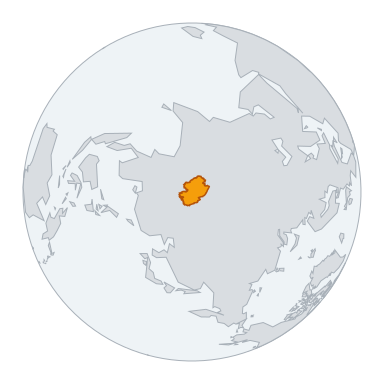 globe centered on Qinghai, rotated 131°
{"feature_id": "CHN-1151", "entity_name": "Qinghai", "entity_type": "Province", "adm_level": 1, "iso_a3": "CHN", "parent_name": "China", "parent_adm1": "", "projection": "orthographic", "projection_center": [96.897, 35.43], "detail": "fine", "context": "on_globe", "style": "filled", "palette": "amber", "viewbox_px": 384, "rotation_deg": 131, "n_neighbors": 0, "source": "natural_earth", "source_scale": "10m", "svg_char_len": 16126}
<svg xmlns="http://www.w3.org/2000/svg" viewBox="0 0 384 384"><g transform="rotate(131 192 192)"><circle cx="192" cy="192" r="169" fill="#eef3f6" stroke="#a8b0b8"/><path d="M269.1,41.7L266.8,40.5L265.3,39.8L269.1,41.7ZM264.9,39.6L262.9,38.7L264.8,39.9L266.6,41.0L261.3,42.5L265.9,50.8L272.7,55.5L267.0,53.3L283.4,64.0L289.3,71.8L279.4,61.9L275.8,60.1L278.2,64.6L275.1,63.8L274.4,65.7L270.5,64.5L265.0,59.3L262.3,58.5L264.1,61.8L261.3,63.0L259.1,58.3L253.9,60.0L243.8,52.6L240.8,42.5L231.9,39.1L220.3,31.0L218.1,31.5L212.2,29.3L207.5,29.2L206.7,28.2L203.7,29.1L205.3,30.1L204.5,30.9L201.9,31.1L200.4,29.6L201.5,29.3L199.7,29.0L200.0,28.3L198.4,28.8L196.8,27.2L194.5,29.1L190.0,28.1L190.0,27.1L195.1,26.8L207.9,25.0L209.5,24.6L206.7,23.9L190.6,23.1L203.3,23.4L216.0,24.8L228.6,27.1L241.0,30.3L253.1,34.5L264.9,39.6ZM186.2,23.1L186.4,23.1L181.4,23.5L185.0,23.7L183.5,24.0L185.2,24.8L179.4,25.2L172.9,25.4L171.2,25.0L168.3,25.2L165.4,26.4L158.0,26.8L145.6,29.6L144.3,29.9L145.8,29.5L159.1,26.3L172.6,24.2L186.2,23.1ZM343.6,117.4L343.7,117.6L343.5,117.2L343.6,117.4ZM344.1,118.4L343.7,117.6L343.8,117.8L344.1,118.4ZM344.4,119.3L343.9,118.4L344.4,119.3ZM267.9,41.7L265.1,40.1L264.6,39.5L267.2,40.9L267.9,41.7ZM268.5,43.8L266.3,42.5L269.1,43.1L269.5,43.6L268.5,43.8ZM278.2,59.3L276.6,57.0L279.2,59.5L278.2,59.3ZM275.0,66.1L276.5,67.1L275.5,67.7L275.0,66.1ZM188.2,24.5L186.7,24.6L187.2,24.4L188.2,24.5ZM190.4,24.8L192.0,24.5L193.2,24.6L192.2,24.8L190.4,24.8ZM268.6,66.6L266.6,67.5L267.7,65.6L268.6,66.6ZM188.1,25.3L195.2,24.9L197.4,25.2L195.4,26.3L188.1,25.3ZM264.8,67.4L260.1,70.0L262.9,72.2L252.2,67.7L259.8,66.8L260.7,64.0L262.2,66.4L264.8,67.4ZM207.0,30.4L205.1,29.3L209.1,30.1L207.0,30.4ZM209.7,30.8L223.1,32.9L224.6,34.9L219.8,33.6L223.6,36.4L217.8,36.3L214.3,34.8L214.6,33.4L212.1,34.5L209.7,30.8ZM247.0,65.0L245.1,65.0L246.1,64.1L247.0,65.0ZM204.5,31.4L207.1,31.5L208.5,33.2L203.7,33.3L204.8,32.7L204.5,31.4ZM227.5,37.4L227.7,38.8L223.0,39.1L222.5,39.7L217.8,36.5L227.5,37.4ZM203.1,32.4L201.1,33.3L198.1,32.7L202.1,31.4L203.1,32.4ZM211.0,33.6L211.4,34.5L209.6,34.0L211.0,33.6ZM186.0,31.8L189.1,31.6L190.1,32.4L186.0,31.8ZM200.6,33.7L201.7,33.9L202.4,34.3L200.5,34.9L200.6,33.7ZM214.8,37.0L212.8,36.9L216.5,38.3L213.1,38.8L210.6,36.6L210.2,37.8L209.2,37.9L208.3,36.1L214.8,37.0ZM200.9,36.6L196.5,34.4L190.6,34.4L189.5,33.6L199.2,33.8L200.9,36.6ZM205.3,36.4L202.3,36.3L202.5,35.2L204.7,34.6L205.3,36.4ZM211.7,40.0L217.6,39.8L217.9,40.3L211.7,40.0ZM199.1,36.8L200.2,37.3L198.7,36.9L199.1,36.8ZM207.8,39.1L209.8,39.0L210.2,39.5L207.8,39.1ZM200.7,38.7L199.3,37.9L200.7,37.4L200.7,38.7ZM203.9,39.1L203.9,39.9L202.1,37.7L204.8,38.9L203.9,39.1ZM207.8,39.7L208.7,40.0L206.9,39.7L207.8,39.7ZM196.2,41.2L193.5,38.6L196.6,37.4L198.8,40.1L196.2,41.2ZM50.4,99.8L58.3,93.9L55.6,100.1L57.8,112.0L57.2,115.1L51.8,120.3L49.4,140.5L54.7,138.1L57.6,152.9L62.8,159.1L73.7,148.2L65.2,137.6L68.9,129.5L79.8,132.4L88.0,142.4L89.6,139.6L88.7,128.5L95.0,126.3L88.9,124.4L88.2,128.4L84.4,127.5L84.8,123.8L87.0,123.0L85.8,119.2L75.7,124.4L73.8,129.1L67.9,123.3L64.2,130.8L61.0,131.5L66.1,119.2L68.9,116.4L74.8,100.8L71.2,103.2L65.5,118.2L65.4,115.6L60.5,119.6L64.1,114.5L71.3,98.2L68.9,93.2L58.2,97.4L58.3,94.3L61.9,88.1L73.4,78.0L71.8,86.2L75.8,83.4L82.7,75.7L81.6,79.1L84.2,77.2L84.2,80.3L90.6,79.7L91.6,82.5L100.3,77.9L102.0,79.0L96.3,81.2L93.0,84.7L96.1,92.6L98.6,92.8L104.0,89.4L104.2,92.3L109.0,88.0L113.9,91.2L112.0,83.8L118.3,80.3L124.6,80.2L126.3,77.9L116.0,78.1L112.3,79.5L109.5,82.7L98.9,86.3L96.5,84.6L106.3,76.4L104.0,73.4L112.6,68.9L135.0,70.0L141.2,73.1L138.4,85.9L133.4,87.0L131.9,82.8L127.6,90.1L130.7,87.8L130.8,90.5L136.9,88.3L137.3,90.1L142.4,85.2L143.6,87.1L140.3,90.2L150.3,89.4L154.4,93.1L156.5,92.1L157.5,89.9L162.0,96.4L163.3,95.4L162.4,92.9L164.4,89.3L169.7,85.8L170.9,88.2L169.2,89.8L167.5,97.1L162.7,101.4L163.7,102.1L168.2,99.0L170.3,90.0L173.1,87.2L172.9,91.3L173.2,89.6L175.0,89.0L178.0,90.8L178.6,86.4L196.7,78.2L204.2,81.4L202.0,85.6L216.0,83.9L223.4,88.6L222.5,86.1L228.6,84.2L226.3,82.7L226.3,81.4L240.9,77.0L245.4,78.2L250.6,74.3L250.1,73.2L247.2,72.0L252.2,67.7L262.9,72.2L263.5,74.5L269.8,76.2L270.1,81.5L273.3,86.9L269.9,92.4L272.7,96.6L274.9,96.8L280.3,103.1L284.0,115.9L271.4,104.5L264.0,87.0L266.2,93.8L262.8,92.2L261.8,94.6L263.6,99.7L265.6,100.3L253.8,109.4L252.4,124.0L259.4,122.3L264.5,126.0L269.1,143.3L258.2,168.7L264.8,175.7L265.7,180.7L260.8,184.5L259.5,177.2L254.0,175.2L254.0,170.8L245.8,175.1L245.4,169.0L239.2,175.8L242.3,180.4L249.7,178.5L244.5,187.5L252.8,195.2L254.4,205.2L242.7,224.1L229.8,230.3L229.1,233.4L223.6,230.2L216.8,236.5L227.4,253.1L227.3,257.9L216.0,267.3L215.7,263.8L201.2,255.2L198.8,266.5L209.8,275.7L213.6,286.0L205.2,282.9L201.3,273.7L196.2,270.3L197.4,260.6L192.8,245.6L184.3,248.0L184.8,241.9L177.1,228.6L164.9,231.3L145.7,244.6L143.3,259.4L136.5,264.4L127.6,240.5L127.3,225.0L121.7,224.9L114.5,209.1L95.2,200.3L94.5,195.6L90.4,195.6L85.7,188.5L85.5,180.9L81.7,179.0L82.7,199.1L87.1,201.2L93.6,197.5L92.9,203.8L97.7,212.0L84.8,221.2L59.6,218.8L60.7,207.1L60.0,167.5L62.0,164.7L62.2,164.3L62.4,163.5L58.7,167.5L59.8,160.1L56.3,185.8L54.2,195.3L59.2,219.3L57.9,220.1L60.6,226.0L73.6,230.1L72.9,233.6L64.5,245.8L49.7,255.4L53.7,270.9L56.2,281.7L51.5,281.7L56.6,291.0L54.8,290.0L57.8,294.5L58.5,295.5L50.8,284.8L44.0,273.5L38.1,261.6L33.1,249.4L29.1,236.8L26.1,224.0L25.9,223.2L23.2,197.9L23.5,189.6L23.7,183.3L23.5,180.1L24.2,172.6L24.5,169.9L24.5,169.5L26.7,157.2L29.7,145.1L33.6,133.3L38.4,121.7L44.0,110.6L50.4,99.8ZM49.4,102.6L47.8,104.8L49.4,102.6ZM93.0,160.3L100.3,165.8L103.3,155.2L106.3,156.6L106.3,152.6L103.5,154.4L104.2,144.1L109.6,143.9L111.9,139.9L109.6,137.8L99.6,139.9L98.5,154.5L94.1,156.7L93.0,160.3ZM98.5,65.1L96.4,67.5L93.2,68.7L92.1,66.2L96.5,64.3L98.5,65.1ZM94.1,70.8L104.2,64.0L105.4,65.7L103.0,65.8L102.8,67.6L98.9,68.4L90.1,77.0L86.8,78.8L86.4,72.5L88.4,73.4L90.3,70.8L94.1,70.8ZM128.0,47.5L132.3,45.6L129.2,51.5L125.4,52.7L124.0,49.9L127.5,47.0L128.0,47.5ZM183.1,27.6L185.0,27.3L185.4,27.6L184.2,28.1L183.1,27.6ZM187.4,31.6L175.3,29.9L176.9,29.3L167.9,29.5L168.5,28.1L174.3,27.9L168.1,27.3L173.5,26.5L168.8,26.4L181.6,26.1L186.2,25.7L180.8,26.6L180.2,27.8L181.3,28.2L187.9,29.3L197.5,29.6L198.4,31.2L196.4,32.3L194.2,32.5L194.4,31.3L191.3,32.4L189.9,30.9L187.4,31.6ZM173.1,49.7L174.1,47.3L167.8,51.1L166.3,48.8L165.7,49.4L162.5,48.4L157.6,48.4L157.7,47.2L155.7,47.8L153.6,47.3L151.0,47.7L150.2,45.9L146.9,46.3L148.4,45.2L142.9,46.5L146.6,44.8L144.2,44.3L141.9,46.3L143.9,37.2L141.9,35.4L138.2,35.1L145.0,32.6L152.8,31.5L160.1,31.9L161.1,34.3L164.0,32.9L165.3,33.8L162.5,34.4L167.6,33.9L168.0,34.8L174.5,36.4L181.7,35.5L184.3,36.3L181.6,37.1L186.0,37.3L182.7,39.5L184.5,40.1L182.9,43.1L176.7,44.7L179.2,45.3L178.1,47.9L173.1,49.7ZM195.5,42.0L188.4,43.9L184.1,43.8L188.6,38.7L187.5,37.8L190.2,34.9L196.4,35.4L195.0,36.1L195.2,36.9L193.2,36.4L194.9,37.5L193.1,38.6L193.9,39.8L191.4,40.0L195.5,42.0ZM59.7,114.6L59.9,116.4L60.8,118.3L57.8,121.1L59.7,114.6ZM64.4,103.4L65.0,104.3L61.2,108.7L61.1,107.1L64.4,103.4ZM68.6,101.2L65.3,104.0L67.0,101.5L68.6,101.2ZM97.2,82.0L98.2,82.9L97.1,84.0L95.0,84.6L97.2,82.0ZM154.1,61.9L155.4,60.2L156.4,60.3L161.7,57.7L163.3,59.4L160.7,61.6L154.1,61.9ZM70.4,148.7L67.0,149.3L67.1,147.2L68.2,147.3L70.4,148.7ZM60.7,134.6L61.4,139.5L59.8,135.4L60.7,134.6ZM156.6,63.3L158.6,62.0L158.2,63.7L156.6,63.3ZM164.7,60.5L164.7,62.3L164.1,59.3L164.7,60.5ZM139.6,352.5L143.0,353.6L140.5,352.9L139.6,352.5ZM73.9,293.3L75.0,307.4L69.9,303.8L65.9,297.5L63.4,287.8L68.2,288.6L69.8,285.2L73.9,293.3ZM254.6,304.4L259.4,304.0L259.1,304.7L254.6,304.4ZM249.7,303.2L255.2,302.5L248.6,304.6L249.7,303.2ZM257.3,302.2L262.9,300.0L265.3,298.5L264.9,299.8L257.3,302.2ZM245.9,303.8L225.0,305.7L216.7,304.6L218.7,302.3L232.2,302.0L245.9,303.8ZM218.1,302.3L205.2,296.3L187.3,276.3L193.7,276.9L212.4,289.0L211.2,291.0L219.0,295.9L218.1,302.3ZM248.8,287.8L247.6,293.9L236.1,294.7L230.9,294.2L227.3,286.8L229.3,282.6L233.6,282.4L250.0,266.6L255.8,269.3L250.8,275.9L255.6,280.6L248.8,287.8ZM144.0,260.9L147.8,270.3L144.1,271.1L144.0,260.9ZM256.3,255.6L249.9,262.9L255.7,253.5L256.3,255.6ZM259.6,246.9L260.1,250.1L257.3,247.3L259.6,246.9ZM229.2,238.2L224.7,239.2L224.4,236.8L230.1,234.0L229.2,238.2ZM255.6,213.7L256.0,221.0L255.4,223.6L253.0,219.5L255.6,213.7ZM172.7,78.7L163.6,80.2L158.1,83.0L156.6,87.1L154.8,82.3L163.3,77.9L172.7,78.7ZM193.6,77.9L194.8,74.7L196.9,75.9L196.9,76.8L193.6,77.9ZM192.5,76.1L189.2,72.6L191.6,70.8L193.7,73.9L192.5,76.1ZM172.6,67.3L169.8,67.5L170.2,66.0L172.6,67.3ZM285.3,332.9L287.0,331.6L291.8,328.3L291.1,328.8L285.3,332.9ZM273.5,332.8L241.8,345.9L235.5,346.4L238.3,343.8L234.9,337.0L237.1,336.8L237.2,331.3L256.6,322.6L270.9,309.0L280.2,307.2L288.2,296.9L297.4,294.2L293.8,301.6L302.4,301.8L310.7,284.8L313.5,296.9L318.1,297.9L316.5,304.3L299.3,322.4L291.7,328.2L291.3,328.1L287.8,330.6L284.0,332.5L284.0,330.5L280.6,332.8L284.9,328.9L279.4,333.1L278.4,331.8L273.5,332.8ZM338.2,275.1L338.9,274.3L339.3,274.6L338.2,276.1L338.2,275.1ZM345.0,261.4L345.2,261.7L344.7,262.5L345.0,261.4ZM344.8,261.6L345.6,259.5L345.2,261.0L344.8,261.6ZM342.2,258.8L342.8,257.4L343.0,257.8L342.2,258.8ZM266.4,302.7L273.2,296.9L276.7,295.6L266.4,302.7ZM341.6,258.0L340.1,259.3L340.3,258.3L341.6,258.0ZM341.9,255.9L341.9,254.9L342.4,256.7L341.9,255.9ZM339.2,256.0L340.9,256.4L339.0,256.4L339.2,256.0ZM338.1,257.2L336.7,257.4L336.8,257.0L338.1,257.2ZM320.7,270.5L326.0,274.2L321.3,276.9L316.2,275.4L311.4,281.8L301.0,285.6L303.6,282.0L302.4,278.5L291.3,280.8L289.0,278.8L293.1,275.7L285.5,275.8L293.9,272.0L297.1,276.5L301.8,270.5L309.5,268.5L316.7,267.1L322.1,268.2L320.7,270.5ZM293.6,284.3L295.0,283.8L293.7,285.9L293.6,284.3ZM334.1,256.6L336.1,257.6L335.8,258.5L334.8,258.8L334.1,256.6ZM323.4,266.6L329.4,258.5L330.8,257.8L326.7,265.3L323.4,266.6ZM328.1,256.4L330.8,255.4L332.0,257.1L331.5,258.1L328.1,256.4ZM276.6,284.1L276.2,285.8L274.0,285.1L276.6,284.1ZM279.5,282.5L286.1,282.3L278.9,284.0L279.5,282.5ZM258.8,281.4L260.8,284.8L267.2,281.2L262.3,285.6L266.5,290.8L265.0,293.3L260.9,287.6L259.2,294.6L256.3,295.0L254.9,289.5L257.8,281.8L260.7,278.3L272.2,274.8L258.8,281.4ZM279.5,277.9L277.7,273.9L279.0,270.6L281.0,272.5L279.5,277.9ZM272.2,264.3L267.2,259.9L262.9,262.8L271.5,253.5L274.9,259.2L272.2,264.3ZM267.7,253.2L263.7,255.9L267.7,250.6L267.7,253.2ZM262.5,254.3L261.8,250.5L265.1,250.4L262.5,254.3ZM269.8,253.0L270.3,246.3L272.1,249.8L269.8,253.0ZM259.9,242.0L267.3,247.2L258.0,246.1L256.7,233.3L260.6,232.3L259.9,242.0ZM275.8,184.2L274.3,180.5L277.6,178.8L277.7,181.8L275.8,184.2ZM286.9,171.0L278.0,177.2L270.6,182.6L273.3,183.8L272.5,190.8L267.9,185.5L272.4,177.0L278.1,174.1L278.1,168.4L281.7,163.5L279.5,156.9L280.8,153.4L284.6,158.7L286.9,171.0ZM278.3,154.2L275.8,142.2L282.3,142.2L284.4,144.8L282.8,150.2L279.4,149.8L278.3,154.2ZM277.1,139.4L273.8,139.0L263.1,123.2L262.5,119.9L274.1,131.4L271.6,131.8L273.1,135.8L277.1,139.4ZM246.2,66.3L245.2,65.2L247.1,65.8L246.2,66.3ZM225.0,80.6L225.3,79.0L227.5,79.6L225.0,80.6ZM227.5,74.9L224.7,75.3L227.1,73.8L227.5,74.9ZM218.7,76.5L223.4,75.0L219.7,77.9L218.7,76.5Z" fill="#d9dde1" stroke="#a8b0b8" stroke-width="1"/><path d="M182.9,180.8L183.2,180.9L183.4,180.7L183.7,180.8L184.1,180.7L184.3,180.5L184.6,180.5L184.8,180.5L185.2,180.5L185.7,180.4L186.5,180.5L186.8,180.5L187.0,180.7L187.5,180.9L187.7,181.0L188.2,181.0L188.4,180.9L188.7,181.3L189.0,181.4L189.3,181.8L189.5,181.9L189.7,182.1L190.0,182.2L190.1,182.4L190.4,182.5L190.6,182.6L191.1,182.8L191.1,183.0L191.7,183.3L192.0,183.4L192.2,182.8L192.1,182.5L192.2,182.4L192.2,182.2L192.2,181.9L192.2,181.5L192.1,181.1L192.3,180.9L192.6,180.9L193.1,181.0L194.7,182.0L195.1,181.7L195.3,181.4L195.5,181.6L195.9,181.6L196.1,181.4L196.2,181.2L196.3,181.2L196.6,181.3L196.8,181.5L197.0,181.5L198.0,182.6L198.1,182.8L198.7,183.2L199.2,183.4L199.4,183.5L199.6,183.7L199.5,183.4L199.4,183.3L199.4,183.1L199.4,182.9L199.5,182.9L199.9,183.3L200.4,183.5L200.5,183.6L200.6,183.9L201.6,184.3L202.2,184.8L203.2,185.3L203.4,185.5L203.5,185.5L203.5,185.3L203.7,184.9L203.8,184.9L203.9,185.3L204.0,185.3L204.0,185.6L204.3,185.8L204.8,186.1L205.0,186.2L205.3,186.5L205.2,186.7L205.1,187.1L205.3,187.3L205.6,187.6L205.5,187.8L205.7,188.1L205.8,188.3L206.0,188.9L206.2,189.0L206.6,189.2L206.4,189.7L206.5,189.9L206.5,190.1L206.5,190.4L206.2,190.3L205.9,190.4L205.8,190.6L205.9,191.0L205.9,191.3L205.5,191.3L205.4,191.4L205.3,191.6L205.0,191.7L205.0,191.9L204.9,192.1L205.0,192.1L205.2,192.3L205.1,192.5L204.9,192.7L204.8,192.8L204.5,193.1L204.3,193.1L204.2,193.3L204.2,193.6L203.8,193.9L203.8,194.0L204.0,194.1L204.3,194.3L204.6,194.3L204.8,194.4L204.9,194.8L204.8,195.0L204.6,195.1L204.5,195.3L204.4,195.4L204.3,195.5L204.1,195.5L203.9,195.7L203.6,195.5L203.5,195.4L203.4,195.3L202.8,195.2L202.6,195.1L202.1,195.0L201.8,194.9L201.5,195.2L201.5,195.4L201.5,195.6L201.8,195.9L201.9,196.2L202.1,196.4L202.4,196.4L202.4,196.6L202.5,197.0L202.6,196.9L202.8,197.0L203.0,197.0L203.3,196.8L203.5,197.0L203.6,197.4L203.8,197.4L204.0,197.3L204.0,197.5L203.8,197.6L203.7,197.8L203.9,198.1L203.7,198.5L203.4,198.3L203.2,198.2L203.0,198.4L202.9,198.3L202.6,198.5L202.5,198.8L202.5,199.1L202.7,199.3L202.7,199.5L202.6,199.9L202.3,199.9L202.2,200.0L201.8,200.0L201.4,199.9L201.4,200.0L201.3,200.4L201.2,200.6L201.0,200.8L200.9,200.6L201.1,200.3L201.0,200.1L200.9,199.9L200.7,199.7L200.3,199.8L200.3,200.1L200.1,200.1L200.1,199.8L200.0,199.5L199.8,199.2L199.5,199.2L199.4,199.0L199.1,199.3L199.1,199.5L199.0,199.8L198.9,199.8L198.5,199.6L197.9,199.4L197.8,199.1L197.7,199.0L197.4,198.9L196.9,198.6L196.6,198.3L196.6,198.1L196.5,197.7L196.4,197.6L196.3,197.4L196.3,197.2L195.8,196.6L195.7,196.6L195.4,196.6L195.3,196.4L194.8,196.3L194.7,196.3L194.4,196.6L194.1,196.6L194.0,196.3L194.0,196.2L193.8,196.2L193.7,196.4L193.2,196.6L193.2,196.8L193.2,197.0L193.2,197.3L193.3,197.4L193.4,197.5L193.5,197.7L193.5,197.8L193.8,197.8L194.1,198.0L193.8,198.2L193.7,198.4L193.5,198.6L193.4,198.8L193.5,199.0L193.2,199.3L193.1,199.5L193.2,199.8L193.3,200.0L193.7,200.3L193.8,200.3L194.0,200.5L193.8,200.8L193.7,200.7L193.2,200.6L193.1,200.9L193.2,201.0L193.2,201.3L192.9,201.4L192.9,201.6L192.9,201.8L192.7,201.9L192.7,202.0L192.3,202.0L192.0,202.1L191.6,202.2L191.7,202.4L191.6,202.6L191.7,202.9L191.7,203.0L191.4,202.9L190.9,202.8L190.7,202.6L190.5,202.4L190.2,202.4L190.1,202.7L190.3,203.0L190.3,203.3L190.2,203.5L190.2,203.4L190.1,203.2L189.9,202.9L189.4,202.9L189.2,203.0L189.1,202.8L188.9,202.8L188.5,202.8L188.3,202.6L188.2,202.4L188.1,202.2L188.3,202.0L188.3,201.8L188.3,201.6L188.1,201.5L187.9,201.4L187.5,201.3L187.2,201.1L187.1,200.7L186.7,200.5L186.6,200.3L186.3,200.1L186.1,200.2L185.8,200.3L185.7,200.2L185.6,200.4L185.2,200.5L184.8,200.6L184.6,200.5L184.4,200.5L184.3,200.4L184.1,200.3L183.8,200.3L183.5,200.4L183.4,200.3L183.2,200.3L182.8,200.0L182.4,200.0L182.3,199.7L182.0,199.8L181.7,199.6L180.8,199.6L180.7,199.6L180.4,199.6L180.3,199.4L180.1,199.2L180.0,199.3L179.8,199.3L179.7,199.2L179.4,198.9L179.2,198.9L178.8,198.6L178.6,198.4L178.4,198.0L178.4,197.9L178.5,197.9L178.4,197.8L177.9,197.8L177.8,198.0L177.6,198.0L177.3,198.0L177.1,198.2L176.9,198.3L176.7,198.2L176.4,198.1L176.1,197.8L175.9,197.8L175.8,197.7L175.6,197.4L175.6,197.1L175.5,196.9L175.3,196.8L175.0,196.7L174.9,196.3L174.9,196.2L174.5,195.8L174.3,195.4L174.4,195.2L174.6,195.1L174.9,194.5L174.8,194.4L174.8,194.0L174.7,193.6L174.6,193.4L174.9,193.2L174.9,192.9L174.3,192.8L174.4,192.4L174.1,191.9L174.2,191.6L174.6,191.5L174.8,191.3L174.8,191.1L174.8,190.7L175.0,190.4L175.1,190.2L174.7,190.2L174.4,190.1L174.3,189.9L174.2,189.7L174.4,189.5L174.6,189.5L174.8,189.4L175.3,189.5L175.5,189.5L175.5,189.4L175.7,189.0L175.8,189.1L176.0,189.4L176.3,189.5L177.1,189.5L177.6,189.9L178.2,189.7L178.3,189.6L178.2,189.0L178.1,188.4L177.7,188.3L177.5,188.1L177.4,187.9L177.4,187.6L177.4,187.4L177.7,187.2L178.3,187.1L178.6,187.0L178.8,186.9L178.9,186.6L178.7,186.4L178.6,186.1L178.5,185.7L178.4,185.5L178.1,185.4L177.9,185.1L176.9,184.6L176.9,184.4L177.0,184.2L177.0,183.9L176.5,182.9L176.5,182.6L176.8,182.5L177.2,182.4L177.6,182.1L178.5,182.0L178.9,181.9L179.1,181.9L179.5,181.7L179.9,181.7L181.1,181.4L181.4,181.3L181.6,181.1L182.0,181.0L182.9,180.8Z" fill="#f59e0b" stroke="#b45309" stroke-width="1.5"/></g></svg>